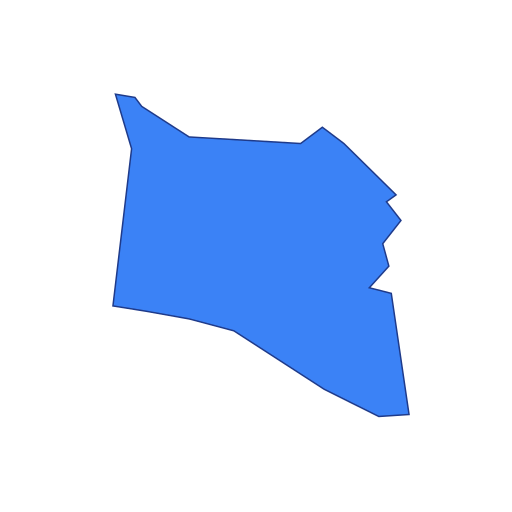 Mirzachul, Jizzakh, Uzbekistan, rotated 165°
{"feature_id": "79887680B4064718832090", "entity_name": "Mirzachul", "entity_type": "district", "adm_level": 2, "iso_a3": "UZB", "parent_name": "Uzbekistan", "parent_adm1": "Jizzakh", "projection": "albers", "projection_center": [68.032, 40.685], "detail": "fine", "context": "isolated", "style": "filled", "palette": "blue", "viewbox_px": 512, "rotation_deg": 165, "n_neighbors": 0, "source": "geoboundaries", "source_scale": "gbopen_adm2", "svg_char_len": 456}
<svg xmlns="http://www.w3.org/2000/svg" viewBox="0 0 512 512"><g transform="rotate(165 256 256)"><path d="M104.9,278.8L142.0,341.9L158.6,363.2L183.8,353.1L289.8,388.3L327.7,430.1L331.9,440.5L349.9,448.7L348.4,391.8L407.1,244.8L376.9,231.3L336.8,212.5L296.8,189.5L224.6,109.6L201.9,89.5L178.9,69.2L149.2,63.3L135.0,184.9L154.8,196.0L130.3,211.8L130.4,235.1L106.8,252.8L116.0,274.6L104.9,278.8Z" fill="#3b82f6" stroke="#1e3a8a" stroke-width="1.5"/></g></svg>